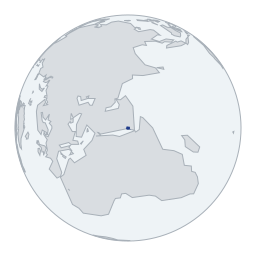 globe centered on Hajjah, rotated 290°
{"feature_id": "YEM-154", "entity_name": "Hajjah", "entity_type": "Governorate", "adm_level": 1, "iso_a3": "YEM", "parent_name": "Yemen", "parent_adm1": "", "projection": "orthographic", "projection_center": [43.354, 16.097], "detail": "fine", "context": "on_globe", "style": "filled", "palette": "blue", "viewbox_px": 256, "rotation_deg": 290, "n_neighbors": 0, "source": "natural_earth", "source_scale": "10m", "svg_char_len": 9642}
<svg xmlns="http://www.w3.org/2000/svg" viewBox="0 0 256 256"><g transform="rotate(290 128 128)"><circle cx="128" cy="128" r="113" fill="#eef3f6" stroke="#a8b0b8"/><path d="M100.7,18.7L100.9,18.7L103.3,18.1L104.5,17.9L104.1,18.0L100.9,18.7L100.7,18.7L99.6,19.0L98.2,19.4L98.6,19.3L94.9,20.3L97.8,19.6L94.3,20.7L92.0,21.4L93.2,20.9L100.7,18.7ZM80.7,25.8L83.4,24.6L81.7,25.5L77.8,27.4L74.4,29.1L72.6,30.1L75.0,29.2L67.7,33.4L61.5,38.3L59.7,39.5L57.9,40.2L60.2,38.1L66.6,33.6L73.5,29.4L80.7,25.8ZM58.1,39.6L54.7,42.4L58.1,39.6ZM53.5,43.5L52.6,44.3L52.2,44.7L53.4,43.7L51.7,45.3L51.0,45.8L53.5,43.5ZM15.4,131.5L16.3,137.0L18.1,144.5L19.0,151.1L19.3,156.7L23.0,168.7L19.9,159.7L17.6,150.4L16.1,141.0L15.4,131.5ZM83.8,24.4L83.7,24.4L83.5,24.5L83.8,24.4ZM91.9,21.3L92.2,21.2L86.4,23.3L87.0,23.1L91.9,21.3ZM156.5,19.0L155.8,18.8L155.7,18.8L156.5,19.0ZM104.2,17.9L101.6,18.5L104.2,17.9ZM116.5,16.0L116.2,16.0L113.2,16.4L111.4,16.6L116.5,16.0ZM111.2,16.6L112.2,16.5L106.9,17.3L111.2,16.6ZM152.7,18.1L152.4,18.1L151.7,17.9L152.7,18.1ZM105.3,17.7L106.2,17.5L109.3,17.0L108.1,17.3L107.4,17.4L105.3,17.7ZM121.1,15.6L121.8,15.5L116.4,16.0L117.0,15.9L121.1,15.6ZM106.5,17.6L107.3,17.6L105.4,18.0L104.6,17.9L106.5,17.6ZM110.7,16.7L112.1,16.5L110.9,16.7L110.7,16.7ZM99.1,20.0L100.1,19.6L101.8,19.2L99.1,20.0ZM107.8,17.5L108.4,17.4L109.2,17.3L109.4,17.4L107.8,17.5ZM116.5,16.0L115.9,16.1L118.7,15.8L118.5,16.0L114.9,16.3L116.4,16.2L116.3,16.3L113.5,16.5L116.5,16.0ZM111.9,17.2L107.4,17.9L105.1,18.8L103.5,19.1L107.5,17.7L111.9,17.2ZM113.1,16.7L112.0,17.0L110.6,17.1L110.4,17.0L113.1,16.7ZM119.6,16.0L120.8,15.7L121.6,15.7L119.6,16.0ZM111.6,17.3L112.7,17.2L111.6,17.4L111.6,17.3ZM117.4,16.3L117.8,16.2L118.6,16.1L117.4,16.3ZM114.6,17.1L113.1,17.3L113.0,17.1L114.6,17.1ZM116.1,16.7L117.2,16.7L113.8,17.0L116.2,16.6L116.1,16.7ZM118.2,16.3L118.8,16.3L117.9,16.4L118.2,16.3ZM116.1,17.6L111.8,18.0L111.5,17.6L115.6,17.3L116.1,17.6ZM189.5,33.6L185.0,30.9L172.5,24.5L177.5,26.8L175.9,26.2L177.4,27.0L181.0,28.9L181.7,29.2L185.3,32.7L193.0,39.1L193.5,38.2L196.3,39.8L205.5,47.9L214.1,61.2L218.0,64.9L219.9,67.7L220.3,70.0L217.5,65.9L215.6,64.9L214.0,62.5L213.7,65.2L211.3,61.9L212.2,66.0L214.6,68.4L215.8,66.9L217.5,72.3L221.9,76.4L225.2,82.4L227.1,94.7L224.8,99.7L225.3,101.8L223.0,100.1L222.1,105.0L228.1,115.2L228.7,118.6L226.2,126.4L225.7,123.9L219.6,119.6L220.0,127.9L224.7,133.3L226.4,140.8L223.5,139.3L221.6,132.8L219.4,131.1L218.9,123.9L215.0,114.1L211.9,117.1L211.1,112.9L205.3,105.4L200.3,109.4L193.2,122.4L193.9,133.2L190.7,138.6L182.4,124.1L179.3,114.0L176.0,115.4L167.8,107.5L152.6,108.3L150.8,105.7L147.9,107.2L142.1,104.7L139.5,100.5L135.9,100.9L143.1,112.2L147.0,111.8L150.7,107.1L152.0,111.3L157.5,114.6L150.2,125.1L128.2,134.8L126.7,126.7L112.9,104.3L113.7,101.9L113.6,101.6L113.5,101.1L111.6,105.1L109.5,100.7L116.2,116.2L117.1,122.9L127.9,135.3L126.8,136.6L130.4,139.1L142.9,135.7L142.8,138.4L136.6,151.1L119.9,167.9L122.4,178.9L121.8,188.0L112.2,193.7L113.9,200.5L109.0,202.6L109.3,206.3L105.8,210.0L99.8,213.1L88.6,212.2L87.3,208.9L80.7,201.8L71.3,184.5L73.4,177.1L72.1,170.8L64.1,155.8L65.8,148.2L63.9,144.5L59.7,144.7L57.5,140.3L55.0,139.8L40.3,139.2L36.3,132.8L32.7,115.1L35.8,109.4L37.2,102.0L58.7,81.3L62.3,83.6L78.1,83.0L79.9,84.1L77.0,89.6L88.0,98.0L92.8,93.7L103.9,98.4L111.9,98.7L116.7,88.3L103.5,87.5L102.3,82.2L113.7,78.4L125.4,79.6L125.3,77.6L118.8,73.0L122.4,69.6L116.6,71.1L118.3,73.2L114.7,74.4L113.0,72.6L114.4,71.4L111.1,70.3L105.6,76.9L106.7,79.7L97.6,80.4L98.5,85.2L95.7,87.2L93.1,79.9L94.1,77.3L88.4,69.3L86.6,72.0L91.8,79.8L89.8,79.1L87.3,83.3L87.6,79.5L82.4,70.7L74.8,71.5L63.6,80.9L59.5,81.1L56.7,78.4L62.5,68.0L71.0,68.7L73.1,65.6L72.8,60.5L75.4,61.4L76.3,59.6L79.7,59.8L85.8,56.1L89.4,56.1L93.1,51.0L95.4,50.5L92.6,53.6L92.5,55.9L101.7,56.6L103.8,55.7L105.5,52.4L107.8,53.3L108.3,50.1L114.2,49.4L107.3,47.8L109.1,44.5L113.4,42.3L112.7,41.1L105.8,44.7L104.1,46.5L104.6,48.4L99.0,53.6L95.6,54.3L96.8,48.1L92.1,48.5L95.1,44.0L112.1,36.3L118.5,35.3L126.3,40.0L124.0,41.8L120.1,40.8L122.5,44.5L122.9,42.9L124.8,43.7L127.0,41.2L128.5,41.7L128.1,38.7L130.1,39.0L130.3,41.0L135.3,38.1L139.9,38.5L140.3,37.7L139.5,36.7L145.9,38.1L145.9,37.5L143.8,36.7L142.5,35.0L142.7,32.6L144.9,33.3L145.1,34.2L148.9,37.3L149.2,40.0L150.1,40.0L150.4,37.9L145.8,34.0L145.3,32.5L147.8,34.0L146.9,33.3L147.3,32.8L149.8,32.9L147.2,31.2L149.0,25.5L154.0,25.6L156.1,27.3L159.7,25.2L165.0,26.2L163.1,25.4L163.5,24.3L161.9,23.9L161.0,23.4L161.3,21.3L163.1,21.6L161.0,20.5L160.0,20.2L158.6,19.8L155.8,18.8L156.5,19.0L165.2,21.7L173.6,25.0L181.7,29.0L189.5,33.6ZM50.2,92.6L49.4,94.8L50.2,92.6ZM137.1,86.6L144.5,87.0L142.1,80.5L144.8,80.2L143.0,78.2L141.9,80.0L137.8,74.6L141.3,72.8L141.0,70.1L138.5,69.9L132.7,74.2L138.5,81.7L136.4,84.4L137.1,86.6ZM53.9,43.2L53.2,43.9L52.8,44.1L53.9,43.2ZM54.0,44.4L51.2,46.9L52.9,45.1L51.9,45.7L54.4,43.1L59.0,40.0L56.5,41.8L54.0,44.4ZM58.9,39.1L56.8,40.8L58.9,39.1L58.9,39.1ZM78.0,50.5L78.7,51.7L76.7,53.6L72.2,54.5L74.9,51.6L78.0,50.5ZM80.1,53.1L82.6,47.3L85.6,46.8L83.5,48.0L85.2,48.3L82.3,50.3L82.7,56.0L81.0,58.1L73.4,58.0L76.8,56.7L76.0,55.4L80.1,53.1ZM83.8,36.1L85.0,34.3L89.9,35.4L88.3,37.0L83.6,37.7L82.8,36.3L83.8,36.1ZM90.1,22.3L90.2,22.2L91.0,21.9L91.6,21.8L90.1,22.3ZM99.4,19.8L90.5,23.0L90.1,22.9L85.3,25.3L82.5,26.0L85.8,24.4L80.0,26.9L81.8,25.7L78.0,27.6L85.5,23.9L86.9,23.2L86.4,23.6L88.9,22.9L90.4,22.4L95.7,20.5L100.0,19.0L103.1,18.4L104.2,18.3L103.6,18.6L101.8,18.9L102.4,19.0L99.3,19.6L99.4,19.8ZM115.2,22.4L113.2,21.9L113.9,23.7L110.8,23.7L111.1,24.0L108.4,24.6L105.6,25.9L104.4,25.8L103.8,26.3L102.1,26.9L100.9,27.7L98.2,27.9L96.6,28.9L96.3,28.4L94.2,30.2L94.5,29.0L92.3,29.8L93.1,30.6L81.5,31.1L76.4,32.8L71.9,35.1L73.2,33.0L78.2,29.8L84.7,26.7L89.4,25.6L89.1,25.0L91.3,24.4L90.7,25.1L93.0,23.7L94.6,23.4L100.4,21.6L102.8,20.2L105.0,19.6L104.9,20.0L107.1,19.2L108.4,19.7L110.0,19.4L112.8,19.8L111.7,21.1L113.5,20.7L115.8,21.1L115.2,22.4ZM116.8,17.7L116.1,18.9L114.1,19.6L110.0,18.7L108.4,19.0L105.7,18.7L108.7,17.8L109.2,17.9L110.3,17.8L108.9,18.1L110.9,17.8L111.7,18.1L113.5,17.9L112.8,18.3L116.8,17.7ZM82.7,82.3L84.2,82.7L86.7,82.7L85.2,85.5L82.7,82.3ZM79.0,76.3L80.4,76.1L79.6,79.8L78.0,79.5L79.0,76.3ZM82.0,73.1L80.6,75.9L80.4,74.2L82.0,73.1ZM94.0,53.3L95.7,53.1L95.6,53.9L94.3,55.0L94.0,53.3ZM116.6,29.0L115.8,28.3L116.5,28.1L117.0,26.2L119.4,26.2L120.0,27.3L116.6,29.0ZM114.0,90.0L111.3,91.9L110.3,90.8L111.4,90.4L114.0,90.0ZM97.2,88.7L100.7,90.4L96.8,89.5L97.2,88.7ZM119.3,28.7L119.2,27.9L120.4,28.4L119.3,28.7ZM121.1,26.2L122.7,26.6L119.7,26.0L121.1,26.2ZM160.1,227.8L161.0,228.6L159.2,228.9L160.1,227.8ZM141.5,186.3L134.7,201.9L129.2,202.0L127.8,197.6L130.1,188.2L136.3,185.4L139.2,181.0L141.5,186.3ZM235.6,153.6L236.3,153.4L236.2,154.0L235.6,153.6ZM235.0,152.6L235.9,152.0L234.6,153.8L235.0,152.6ZM236.3,151.7L237.2,150.0L237.7,148.8L237.5,150.0L236.3,151.7ZM234.2,153.1L229.1,155.7L226.8,155.5L227.6,153.4L231.3,152.1L234.2,153.1ZM227.4,153.4L223.5,149.8L216.3,136.8L218.9,136.3L226.0,143.2L225.6,144.9L228.0,148.1L227.4,153.4ZM235.8,139.8L235.3,144.8L232.8,145.9L231.4,145.8L230.6,140.1L231.1,136.8L232.2,136.3L235.4,123.6L236.7,125.4L236.1,130.5L237.1,134.0L235.8,139.8ZM194.5,134.2L197.3,140.1L195.4,141.6L194.5,134.2ZM235.6,115.4L235.0,120.9L235.2,114.0L235.6,115.4ZM235.1,109.3L235.7,111.5L234.7,109.6L235.1,109.3ZM226.2,104.9L225.0,106.0L224.5,104.4L225.7,102.1L226.2,104.9ZM227.7,87.6L229.5,92.2L229.9,93.8L228.5,91.3L227.7,87.6ZM139.3,29.6L135.9,32.0L135.1,34.1L137.1,35.8L132.9,34.6L134.2,31.3L139.3,29.6ZM147.6,25.8L145.8,24.6L147.5,24.7L148.1,25.0L147.6,25.8ZM145.9,25.4L142.0,24.8L141.6,23.9L144.7,24.5L145.9,25.4ZM130.6,26.2L129.4,26.8L128.5,26.3L130.6,26.2ZM219.4,193.8L216.9,196.9L216.4,196.9L218.9,193.6L223.0,185.2L223.4,185.1L226.0,179.1L231.5,170.8L236.2,158.6L236.6,158.0L234.2,165.7L231.2,173.1L227.8,180.3L223.8,187.2L219.4,193.8ZM237.2,152.5L238.5,147.9L238.8,147.0L237.2,152.5ZM240.4,134.8L240.5,134.1L240.5,133.3L240.4,134.8ZM240.6,131.8L240.5,131.3L240.6,129.7L240.6,131.8ZM239.8,137.4L239.7,138.7L239.5,138.0L239.8,137.4ZM240.0,136.2L240.3,136.7L239.9,137.4L240.0,136.2ZM237.7,134.7L238.0,137.4L238.9,134.6L238.2,138.0L238.5,142.3L238.1,144.4L237.9,139.7L237.3,145.4L236.8,145.7L236.9,141.1L237.5,135.0L238.0,132.3L239.5,129.7L237.7,134.7ZM240.2,132.6L240.0,129.3L240.1,126.8L240.2,128.4L240.2,132.6ZM239.0,121.8L238.0,118.5L237.5,120.6L237.9,113.9L239.0,118.1L239.0,121.8ZM237.4,113.7L237.0,115.6L237.0,111.9L237.4,113.7ZM236.6,114.4L236.0,111.8L236.6,111.7L236.6,114.4ZM237.6,113.5L236.9,108.8L237.6,111.3L237.6,113.5ZM234.4,106.0L236.5,109.4L234.7,108.8L232.2,100.1L232.8,99.4L234.4,106.0ZM222.8,69.7L221.3,67.6L221.2,66.7L222.2,68.4L222.8,69.7ZM219.4,62.6L220.7,65.8L221.4,68.7L222.3,69.4L224.4,73.5L221.9,70.4L219.8,65.6L219.6,64.1L217.4,61.0L216.0,58.5L213.0,54.9L211.7,53.2L214.3,56.0L219.4,62.6ZM211.7,53.5L206.0,47.5L206.7,47.7L208.2,49.0L210.5,51.6L210.0,51.3L211.7,53.5ZM204.8,46.2L204.2,45.9L194.6,38.5L192.8,37.1L200.5,42.3L200.4,42.5L202.6,44.4L204.8,46.2ZM153.6,18.4L152.5,18.2L153.4,18.3L153.6,18.4ZM160.0,23.3L159.0,22.7L160.0,22.8L160.0,23.3ZM156.6,21.3L156.1,21.6L155.7,21.0L156.6,21.3ZM155.3,22.5L155.5,21.6L156.6,22.8L155.3,22.5Z" fill="#d9dde1" stroke="#a8b0b8" stroke-width="1"/><path d="M127.6,126.9L128.0,127.0L128.3,127.0L128.5,127.0L128.5,127.3L128.5,127.6L128.5,127.8L128.6,128.0L128.6,128.3L128.7,128.2L128.8,128.3L128.8,128.5L128.9,128.8L128.7,128.9L128.7,129.0L128.4,129.1L128.0,129.1L127.9,129.2L127.9,128.9L127.9,128.7L127.7,128.5L127.3,128.5L127.0,128.4L127.0,128.1L127.0,127.7L126.9,127.5L127.0,127.4L127.2,127.2L127.3,127.2L127.5,127.0L127.5,126.9L127.6,126.9Z" fill="#3b82f6" stroke="#1e3a8a" stroke-width="1.5"/></g></svg>